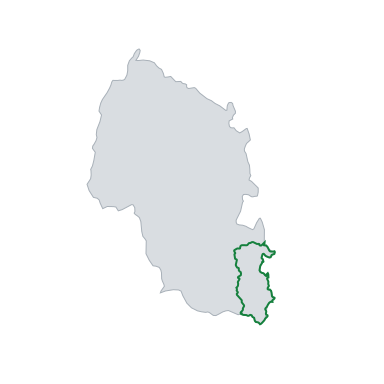 location of Moravskoslezský within Czechia, rotated 54°
{"feature_id": "CZE-1612", "entity_name": "Moravskoslezský", "entity_type": "Region", "adm_level": 1, "iso_a3": "CZE", "parent_name": "Czechia", "parent_adm1": "", "projection": "orthographic", "projection_center": [17.887, 49.846], "detail": "fine", "context": "in_parent", "style": "outline", "palette": "green", "viewbox_px": 384, "rotation_deg": 54, "n_neighbors": 0, "source": "natural_earth", "source_scale": "10m", "svg_char_len": 6150}
<svg xmlns="http://www.w3.org/2000/svg" viewBox="0 0 384 384"><g transform="rotate(54 192 192)"><path d="M339.0,214.7L337.9,214.8L335.3,215.9L332.1,216.3L328.5,216.1L325.8,217.9L323.3,220.9L320.6,223.0L319.2,224.9L318.4,226.8L309.3,232.2L308.1,234.4L307.1,237.5L306.6,241.6L306.0,245.3L304.4,247.3L299.5,248.9L298.3,249.8L297.4,251.7L294.6,254.6L291.4,257.4L285.4,260.5L279.0,261.5L270.6,260.4L265.8,259.1L263.4,260.4L260.1,264.5L256.5,271.6L255.0,276.9L253.9,275.3L252.0,269.7L249.7,268.9L246.6,268.3L244.3,267.5L239.3,264.1L236.8,263.1L233.8,262.8L230.9,264.7L228.8,266.9L222.1,266.7L214.9,265.5L204.6,257.7L201.9,257.6L199.0,257.8L194.5,255.9L185.9,250.8L181.8,249.6L179.2,250.2L176.8,251.1L175.1,251.2L174.2,249.6L171.0,247.5L167.7,247.2L166.7,248.3L165.2,258.9L163.9,262.7L159.4,262.4L157.7,264.1L153.9,269.1L153.0,274.0L146.9,272.8L144.0,271.8L141.4,272.3L138.4,274.9L130.4,274.4L124.1,272.4L121.7,266.2L119.0,263.6L115.4,261.2L114.2,260.7L112.4,257.2L108.8,252.9L103.0,246.9L98.2,246.9L96.5,245.3L95.8,243.2L94.1,239.5L92.0,236.8L89.3,235.7L85.6,232.3L80.9,225.0L76.5,219.9L71.9,219.7L69.2,217.0L66.4,213.5L64.5,210.1L61.7,202.2L59.5,197.6L57.8,194.7L55.9,192.3L55.2,190.4L58.1,186.5L59.2,184.5L60.5,183.1L61.2,181.5L61.3,180.2L59.2,176.0L56.2,172.8L51.7,169.5L49.0,165.5L48.2,162.0L48.0,160.1L46.2,157.4L44.8,153.5L45.0,151.2L45.4,150.6L47.0,150.7L48.6,152.4L50.8,155.6L52.5,160.0L53.9,158.5L56.5,154.0L61.0,149.1L65.3,146.5L69.1,146.5L72.2,145.9L74.9,144.6L79.3,145.5L82.5,146.8L83.5,146.2L85.0,143.5L86.0,141.3L93.2,140.3L96.0,136.0L97.3,136.1L99.0,135.5L100.6,133.9L102.1,133.3L103.2,134.2L104.6,134.8L106.3,133.9L108.9,128.8L110.2,128.1L116.5,127.6L125.2,125.1L129.6,122.6L133.9,121.3L138.6,118.9L145.9,116.7L146.3,115.7L143.1,112.9L142.0,111.2L141.4,109.5L142.6,107.6L144.2,107.1L146.2,108.0L152.2,109.4L153.8,110.6L154.2,113.3L155.7,115.8L156.9,116.1L156.3,120.1L158.1,121.8L160.8,123.1L162.7,122.9L164.1,121.4L164.7,120.3L168.4,120.2L172.2,118.7L172.6,115.9L172.6,110.7L173.0,110.0L178.6,111.7L184.2,114.2L184.8,119.4L186.3,122.0L188.0,124.4L189.7,125.5L192.7,125.7L200.3,129.0L204.1,129.8L207.8,132.0L211.0,134.2L213.3,134.8L214.4,137.2L215.8,138.8L218.4,137.6L227.7,136.1L231.0,138.5L233.3,141.0L233.6,141.8L232.3,144.0L231.7,145.6L230.7,146.7L227.5,147.9L225.6,149.8L224.3,151.8L225.1,153.9L227.7,155.5L229.6,155.8L230.2,157.3L236.1,164.0L240.7,172.8L242.5,174.1L244.3,174.5L246.3,173.2L248.7,170.5L251.5,168.5L253.8,167.5L258.0,165.2L258.2,163.6L254.8,157.7L252.9,153.0L253.4,152.1L257.7,152.9L265.1,155.6L276.5,164.1L278.6,164.1L282.6,163.5L287.0,162.2L289.1,160.6L289.8,161.2L290.5,165.8L289.4,168.3L284.1,170.8L284.4,172.0L285.7,173.6L288.1,174.7L291.0,177.7L292.9,181.1L294.7,182.7L296.6,183.5L301.4,181.6L302.7,180.2L303.3,179.1L304.2,179.4L305.9,181.1L306.4,182.0L311.1,183.9L313.8,186.3L315.5,187.4L317.4,186.3L324.8,188.1L326.8,189.7L327.5,192.3L327.1,193.8L328.3,197.9L337.8,207.7L338.8,212.7L339.0,214.7Z" fill="#d9dde1" stroke="#a8b0b8" stroke-width="1"/><path d="M288.6,160.1L289.3,160.3L289.6,160.6L290.4,161.7L290.5,161.8L290.5,162.0L290.4,162.4L289.9,163.7L289.8,164.3L289.9,165.0L290.4,165.5L291.0,166.7L290.6,167.8L289.7,168.5L287.9,169.6L286.7,170.1L284.6,170.2L284.1,170.4L283.8,171.1L283.9,171.6L286.0,174.3L286.7,174.6L287.1,174.5L287.5,174.3L288.0,174.2L288.5,174.4L289.7,174.9L290.3,175.1L290.4,175.3L289.9,175.7L289.8,176.0L289.9,176.4L290.3,176.8L290.8,177.4L291.1,178.2L291.4,179.0L291.7,179.8L292.2,180.5L295.0,183.4L296.6,183.7L298.2,183.2L299.5,182.1L300.3,181.8L302.1,181.8L303.5,181.4L303.7,181.1L303.6,180.4L303.3,179.9L303.0,179.9L302.6,180.0L302.4,179.9L302.2,178.4L302.9,178.5L303.5,178.7L306.1,180.4L305.8,181.6L306.4,182.3L309.2,182.8L309.8,183.2L311.2,184.4L311.8,184.6L312.8,184.8L313.3,185.2L313.5,185.6L313.8,186.6L314.1,187.1L314.9,187.8L315.6,187.7L316.8,186.6L316.7,186.5L316.7,186.4L318.3,186.1L320.0,186.7L323.2,188.5L324.3,188.5L326.0,187.4L326.6,187.8L326.9,189.0L326.8,190.0L327.0,190.9L328.2,191.5L327.0,192.9L327.0,194.7L327.8,196.8L328.9,198.9L329.3,200.9L329.6,201.4L330.2,201.8L331.6,201.9L332.2,202.1L332.8,202.6L333.7,203.6L334.2,203.9L334.9,203.9L335.6,203.6L336.2,203.4L336.9,203.9L337.1,204.5L337.4,206.8L337.6,207.5L338.2,208.6L338.4,209.2L339.0,212.1L339.2,213.6L339.0,214.7L337.2,214.8L336.4,215.1L334.6,216.8L333.3,216.9L332.1,216.5L330.6,215.8L330.3,215.7L330.0,215.8L328.7,216.5L326.8,216.2L325.9,216.8L325.6,217.3L325.5,218.6L325.3,219.2L325.0,219.6L323.5,220.4L321.6,222.7L320.6,223.4L319.3,223.1L319.3,223.9L318.8,223.9L318.6,223.8L318.3,223.6L318.1,223.4L317.9,222.9L317.6,221.0L317.4,220.6L317.3,220.2L317.0,219.9L316.2,219.4L315.9,219.0L315.0,217.1L314.8,216.8L314.0,216.5L310.6,216.6L310.3,216.5L309.0,215.5L308.6,215.4L301.7,216.1L301.3,216.0L301.0,215.8L300.7,215.6L300.6,215.3L300.4,214.4L300.3,214.1L300.1,213.9L299.9,213.8L298.0,213.8L297.3,213.0L296.7,212.6L295.5,212.3L295.4,211.4L295.2,210.6L295.0,210.3L294.6,209.7L293.4,208.6L292.0,208.0L291.7,207.7L290.4,204.8L290.1,204.6L289.9,204.5L289.6,204.6L288.8,205.1L288.5,205.2L288.2,205.1L288.0,204.8L287.8,204.5L287.8,204.0L288.0,201.8L288.0,201.5L287.8,201.2L286.8,200.3L285.5,199.7L283.9,200.2L282.8,200.1L281.2,199.0L280.9,199.0L280.7,199.1L279.6,199.9L277.4,199.7L276.7,199.4L273.4,195.7L273.1,195.6L272.8,195.6L271.5,196.3L271.2,196.3L267.5,194.4L267.3,194.2L267.2,193.9L267.1,193.3L267.0,193.1L266.8,192.9L264.9,192.7L264.3,192.4L264.1,192.2L264.0,191.9L264.0,191.6L264.2,189.1L264.3,188.8L264.4,188.4L265.7,186.8L265.8,186.6L265.8,186.3L265.7,186.2L264.5,184.9L264.3,184.6L264.2,184.2L264.2,183.8L264.2,183.5L264.3,183.1L264.5,182.7L267.2,179.1L267.3,178.8L267.4,178.5L267.4,178.2L266.9,176.2L266.9,175.8L267.0,175.6L267.5,174.9L267.6,174.5L267.7,173.5L267.8,173.0L268.0,172.6L268.6,171.9L272.2,170.0L273.2,168.5L273.4,168.3L273.7,168.2L273.9,168.2L274.5,168.6L274.8,168.6L275.1,168.5L275.4,168.3L275.7,167.9L275.9,167.6L276.0,167.2L276.0,166.9L275.4,162.9L276.3,163.7L276.7,164.9L276.9,165.1L277.2,165.1L277.4,165.1L277.6,164.9L278.9,163.4L281.0,163.2L284.9,163.9L285.9,163.7L286.6,163.1L287.9,161.3L288.2,160.7L288.3,160.2L288.6,160.1Z" fill="none" stroke="#15803d" stroke-width="2"/></g></svg>